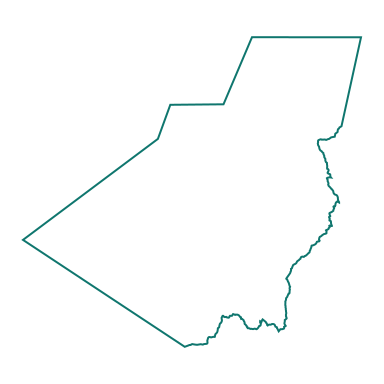 Obura/Wonenara District, Eastern Highlands, Papua New Guinea (orthographic projection)
{"feature_id": "67681753B51845226746090", "entity_name": "Obura/Wonenara District", "entity_type": "district", "adm_level": 2, "iso_a3": "PNG", "parent_name": "Papua New Guinea", "parent_adm1": "Eastern Highlands", "projection": "orthographic", "projection_center": [145.927, -6.831], "detail": "fine", "context": "isolated", "style": "outline", "palette": "teal", "viewbox_px": 384, "rotation_deg": 0, "n_neighbors": 0, "source": "geoboundaries", "source_scale": "gbopen_adm2", "svg_char_len": 5690}
<svg xmlns="http://www.w3.org/2000/svg" viewBox="0 0 384 384"><path d="M252.0,37.2L223.5,104.3L170.3,104.8L157.9,138.9L42.9,225.0L23.0,239.9L108.6,296.5L184.0,346.3L184.7,346.8L186.1,346.3L187.2,345.9L188.8,345.3L189.4,345.0L190.2,345.0L190.8,344.9L191.2,344.5L192.2,344.1L195.2,344.6L197.1,344.8L200.8,344.2L201.7,344.4L202.9,344.6L203.9,344.1L206.7,343.8L207.3,343.4L207.5,342.5L207.3,340.7L208.1,337.9L208.7,337.2L209.7,337.0L211.1,337.4L213.4,336.8L214.7,336.9L215.0,336.1L215.1,335.2L215.4,334.2L216.1,333.5L217.1,332.4L217.5,331.2L217.8,329.5L217.8,328.7L217.9,328.2L218.7,327.7L219.2,327.1L219.4,325.7L219.8,324.1L220.1,323.5L220.7,323.1L221.3,322.4L221.6,321.5L221.9,320.9L221.9,319.9L221.7,318.9L221.6,317.8L222.6,315.9L223.3,315.9L224.0,316.8L224.9,317.1L226.2,316.9L227.1,317.5L227.7,317.5L228.3,317.7L228.7,317.7L229.2,317.3L229.6,316.3L230.0,315.8L231.0,315.8L231.9,315.8L233.1,314.1L233.9,314.3L234.3,314.6L235.2,314.9L235.6,314.6L237.7,314.7L238.4,315.1L239.2,315.6L239.9,316.8L240.8,317.1L241.0,317.4L240.9,318.3L241.2,319.0L242.1,318.9L243.6,320.2L243.9,321.2L244.5,322.1L244.6,322.8L244.6,323.7L244.9,324.2L245.7,324.7L246.1,325.5L246.6,325.8L246.8,326.7L247.3,327.0L247.2,327.4L247.8,328.2L248.4,328.2L249.2,328.3L249.7,328.5L250.3,328.9L251.6,328.8L252.2,329.0L253.1,329.1L253.8,328.9L254.4,328.7L255.4,328.8L256.3,329.2L256.8,329.1L257.5,328.5L258.3,327.6L259.2,326.0L260.3,325.7L260.6,325.2L260.8,323.9L260.6,323.3L260.1,322.3L260.2,321.2L260.8,321.5L261.4,322.1L261.7,321.4L262.2,320.0L262.6,319.4L263.0,319.7L264.2,320.7L265.8,322.0L266.0,322.7L266.6,323.2L267.0,324.1L267.2,325.1L267.7,325.5L268.5,324.8L269.2,324.6L269.9,324.7L270.7,324.7L272.1,324.0L273.7,324.1L274.6,324.7L275.0,325.5L275.4,326.6L276.9,327.3L277.0,328.2L277.3,328.5L278.7,331.3L280.4,329.2L282.1,329.2L283.8,328.7L284.0,328.4L284.2,327.9L284.1,326.8L285.1,326.3L285.7,325.9L285.6,325.6L285.1,325.1L284.5,323.8L284.4,323.4L284.8,321.3L284.8,320.0L285.4,319.6L286.6,318.5L286.5,317.9L286.5,317.4L286.0,316.7L286.1,316.1L285.9,315.0L286.3,313.1L286.0,311.5L286.0,310.7L285.8,309.8L285.8,308.4L285.5,307.2L285.6,306.0L285.3,305.2L285.4,302.4L285.3,301.7L285.8,300.3L286.0,299.6L286.1,298.2L287.2,296.9L287.6,295.8L288.6,293.6L289.1,293.6L289.4,293.3L289.6,292.1L289.6,290.7L289.9,289.6L289.6,288.8L289.6,287.9L290.1,286.8L289.6,286.0L289.4,285.2L289.1,284.1L288.6,282.5L288.0,281.6L287.2,279.5L286.5,279.1L286.3,278.5L289.1,274.6L289.6,273.9L290.1,273.1L290.4,272.5L290.5,271.7L290.9,271.1L291.0,270.6L291.1,269.9L291.0,268.9L291.5,268.6L292.0,268.1L292.2,267.3L292.5,266.6L293.0,265.4L293.3,264.9L294.0,264.5L295.4,263.8L296.2,263.2L296.5,262.7L296.9,261.8L297.2,261.3L298.3,260.5L298.9,260.1L299.6,259.3L300.4,258.8L300.9,257.3L301.5,257.0L302.1,256.6L302.9,256.7L303.8,256.9L304.1,256.7L304.6,256.1L305.4,255.9L305.8,255.7L306.3,255.2L306.8,254.8L307.3,254.4L307.8,253.8L308.6,253.0L309.3,252.6L309.6,252.1L309.7,251.6L309.8,250.6L310.2,250.2L310.4,249.6L310.6,248.9L310.9,248.3L311.2,247.6L311.4,246.7L311.5,245.9L311.9,245.5L312.8,245.4L313.7,245.1L314.4,244.7L315.1,244.4L316.0,243.6L316.5,242.7L316.9,241.8L317.5,241.6L318.2,241.5L319.2,241.3L319.6,240.7L319.4,240.2L319.1,239.8L319.0,239.3L319.2,238.5L319.3,237.9L319.8,236.9L320.4,236.6L320.9,236.3L321.5,235.9L321.9,235.5L322.4,235.0L323.0,234.7L323.7,234.2L324.2,234.0L325.2,233.8L325.9,233.6L326.4,233.3L326.5,232.9L326.4,232.4L326.5,231.8L326.5,231.1L326.2,230.7L326.0,230.3L326.4,230.0L326.9,229.9L328.4,229.1L328.6,228.7L328.7,228.1L329.0,227.8L329.4,227.5L329.7,227.1L329.3,225.8L329.6,225.6L330.2,225.9L330.7,225.9L331.1,225.8L331.6,226.0L331.9,225.9L331.8,225.5L331.3,224.5L331.1,223.6L331.0,222.9L331.0,222.0L330.8,221.2L330.5,220.8L329.6,220.6L329.4,220.2L329.5,219.8L329.7,219.1L329.7,218.5L329.2,217.7L329.1,217.2L329.2,216.8L329.8,216.5L330.2,216.3L330.2,215.8L329.9,215.2L329.6,214.5L329.4,213.4L329.6,213.0L330.0,212.8L330.8,212.4L331.5,212.1L332.1,211.7L333.3,210.8L333.4,209.9L333.6,209.3L334.1,208.5L333.9,207.8L333.6,207.1L333.5,206.6L333.9,206.3L334.2,206.6L334.7,206.6L335.0,206.3L335.4,205.3L335.4,204.3L335.6,203.5L336.0,202.5L337.2,201.5L338.2,202.0L339.1,202.5L339.1,202.1L338.3,200.9L338.1,200.0L337.9,199.0L337.9,197.9L337.7,197.0L337.4,196.2L336.9,195.4L336.1,194.9L334.9,194.5L334.4,194.1L333.9,193.5L333.6,193.0L333.4,192.2L333.2,191.0L332.2,189.6L331.7,189.3L331.5,188.8L331.0,188.5L330.7,188.0L329.9,187.1L329.1,186.3L328.6,185.8L328.2,184.6L328.2,184.3L328.5,183.8L328.4,183.1L328.2,182.3L327.8,181.6L327.6,181.0L327.7,179.9L327.1,178.9L326.9,178.2L327.4,177.8L327.8,177.7L328.8,177.5L329.6,177.3L331.0,177.5L330.6,177.0L330.4,176.5L330.3,175.5L330.2,174.5L329.7,174.0L329.1,173.9L328.3,173.6L327.6,172.9L327.7,172.4L328.1,171.7L328.5,170.7L328.6,170.3L328.4,169.6L327.9,169.0L327.2,168.8L327.1,168.3L327.1,167.7L327.2,166.8L327.2,165.7L327.0,164.5L326.9,162.8L326.5,162.5L325.9,162.0L325.7,161.5L325.4,160.7L325.3,160.0L325.4,159.0L325.0,158.4L324.3,157.2L324.2,156.8L324.3,156.3L324.2,155.6L323.9,155.0L323.5,154.3L323.4,153.7L323.4,153.1L323.0,152.7L322.4,152.3L322.0,151.8L321.8,151.4L321.1,150.9L320.4,150.4L319.9,149.7L319.6,149.1L319.3,148.1L319.1,146.8L318.9,146.5L318.6,145.9L318.1,145.1L318.0,144.3L317.8,143.5L317.9,143.1L318.1,142.4L318.1,141.9L318.0,141.3L318.1,140.7L318.3,140.3L318.6,140.1L319.5,139.7L320.3,139.4L320.9,139.3L321.4,139.5L321.9,139.7L322.5,139.6L323.5,139.6L324.9,139.5L326.0,139.9L326.3,139.9L326.9,139.6L328.1,139.1L329.1,138.9L331.1,137.4L332.9,137.0L334.7,136.7L335.1,135.0L335.3,133.7L337.1,132.4L337.6,131.9L337.7,130.7L337.8,129.9L338.1,129.1L338.9,128.6L339.5,127.4L340.3,127.0L341.5,126.2L361.0,37.3L252.0,37.2Z" fill="none" stroke="#0f766e" stroke-width="2"/></svg>